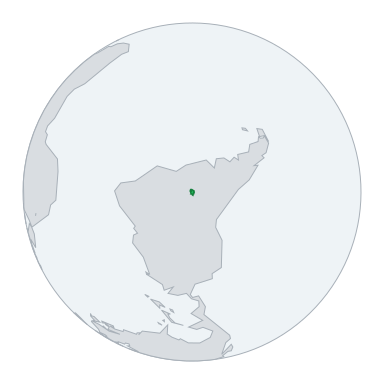 Concepción highlighted on a globe, orthographic projection, rotated 217°
{"feature_id": "PRY-603", "entity_name": "Concepción", "entity_type": "Department", "adm_level": 1, "iso_a3": "PRY", "parent_name": "Paraguay", "parent_adm1": "", "projection": "orthographic", "projection_center": [-57.042, -22.793], "detail": "fine", "context": "on_globe", "style": "filled", "palette": "green", "viewbox_px": 384, "rotation_deg": 217, "n_neighbors": 0, "source": "natural_earth", "source_scale": "10m", "svg_char_len": 5073}
<svg xmlns="http://www.w3.org/2000/svg" viewBox="0 0 384 384"><g transform="rotate(217 192 192)"><circle cx="192" cy="192" r="169" fill="#eef3f6" stroke="#a8b0b8"/><path d="M148.4,28.8L142.3,30.5L138.8,31.8L139.0,32.2L150.8,30.3L149.2,31.7L150.9,32.8L154.3,31.3L154.2,30.0L160.9,28.0L160.0,27.2L162.6,26.5L163.8,25.7L169.4,24.9L174.2,24.8L173.5,25.6L175.6,25.7L181.0,24.5L184.2,26.2L194.3,28.0L194.5,28.9L186.4,30.4L174.4,31.0L163.9,35.0L176.6,31.7L176.9,34.6L179.4,35.0L182.8,34.7L185.0,33.5L186.3,34.6L174.3,37.7L172.9,36.8L176.7,35.6L171.1,36.1L163.0,39.1L163.8,40.8L150.7,45.0L151.1,46.5L148.4,48.5L148.7,45.8L148.0,51.0L132.7,59.9L131.4,71.3L126.3,63.6L120.6,64.0L113.4,66.0L113.0,67.8L104.1,69.3L94.9,76.1L89.9,86.8L91.7,93.5L101.8,90.5L105.5,85.1L113.4,82.1L106.2,95.9L119.6,94.4L117.3,104.7L121.0,109.1L128.2,106.4L135.4,107.7L141.1,100.9L150.1,96.6L149.8,104.9L155.1,96.8L159.9,100.3L178.0,99.0L176.5,100.9L191.7,110.7L208.8,115.6L212.8,122.4L210.7,126.3L216.7,127.9L216.8,130.6L241.5,137.3L254.5,146.3L254.3,156.4L243.9,166.7L235.5,191.9L217.0,199.0L213.0,209.9L199.9,226.1L188.6,224.6L192.6,233.2L187.0,238.4L179.9,238.9L179.3,245.1L174.1,245.5L178.1,249.5L170.9,258.1L174.5,264.8L169.6,272.1L172.1,276.1L169.8,276.1L167.7,277.9L167.9,280.3L160.2,277.1L156.5,268.0L158.1,263.1L155.0,262.7L158.3,250.4L155.4,253.1L153.6,236.1L156.5,222.0L155.9,184.7L151.8,178.0L138.9,171.5L123.1,149.3L126.8,138.9L123.6,135.0L134.1,120.2L131.7,109.1L128.1,108.1L124.2,113.0L112.3,108.5L108.7,101.3L75.7,100.3L73.1,98.1L74.4,92.1L70.6,80.2L69.0,94.0L66.1,92.8L65.1,88.8L67.4,86.3L69.0,79.8L67.5,79.6L73.1,72.0L76.8,68.4L85.7,60.6L95.2,53.5L105.1,47.1L115.4,41.4L126.1,36.4L137.1,32.2L148.4,28.8ZM129.8,75.7L145.3,79.3L135.8,81.5L137.7,80.0L134.0,78.1L126.7,77.2L118.6,80.3L129.8,75.7ZM138.4,67.6L135.7,67.6L138.4,67.1L138.4,67.6ZM160.6,26.2L162.2,26.0L161.1,26.2L160.6,26.2ZM159.7,26.3L157.4,26.8L156.6,26.9L158.0,26.6L159.7,26.3ZM160.3,26.0L162.7,25.7L155.5,27.1L154.2,27.3L155.4,27.1L160.3,26.0ZM173.6,284.3L161.1,278.4L167.9,280.9L171.4,276.9L178.4,281.7L173.6,284.3ZM184.4,274.2L189.2,272.1L190.7,273.3L187.7,275.0L184.4,274.2ZM302.2,63.9L299.0,61.8L302.9,68.8L299.3,67.7L292.7,63.6L283.3,53.5L292.3,57.2L289.1,54.4L280.4,48.7L283.9,50.5L281.5,48.9L284.2,50.5L283.7,50.1L302.2,63.9ZM353.0,243.1L350.9,246.7L346.1,258.3L344.2,259.2L340.8,265.4L336.4,269.7L331.1,272.2L327.3,265.8L331.1,259.6L335.3,245.2L342.8,213.9L347.9,203.3L349.3,193.3L346.1,168.2L347.1,157.9L345.3,152.0L342.0,150.7L339.4,143.8L337.1,142.2L319.3,137.4L311.3,127.7L295.8,103.5L297.1,96.6L292.9,87.5L298.7,67.6L305.0,71.5L315.2,76.8L317.4,79.0L321.6,84.5L333.1,99.1L339.6,109.8L345.3,120.9L350.1,132.5L354.1,144.4L357.2,156.5L359.4,168.8L360.6,181.3L361.0,193.8L360.4,206.3L358.8,218.7L356.4,231.0L353.0,243.1ZM302.6,78.8L303.9,81.2L302.6,78.8ZM178.6,98.8L180.7,100.4L177.8,100.5L178.6,98.8ZM134.1,84.8L137.5,84.4L139.2,85.3L136.5,86.1L134.1,84.8ZM164.0,81.4L168.1,81.8L163.7,82.7L164.0,81.4ZM147.8,79.8L160.7,81.5L152.1,84.5L144.0,83.7L149.8,82.3L147.8,79.8ZM136.0,71.8L138.1,71.9L137.2,73.3L136.0,71.8ZM140.4,67.3L139.6,67.5L138.7,66.7L140.4,67.3ZM177.6,34.4L178.6,34.2L181.9,34.2L180.1,34.8L177.6,34.4ZM198.4,32.0L200.0,33.9L197.6,32.7L195.3,33.6L187.3,32.6L194.1,29.3L192.5,30.8L198.4,32.0ZM178.5,31.0L182.8,31.6L177.8,31.1L178.5,31.0ZM265.4,39.9L268.6,41.4L270.8,42.7L268.5,42.0L265.3,40.0L265.4,39.9ZM282.0,49.0L276.4,46.2L276.8,46.0L273.7,44.3L272.5,43.4L270.6,42.5L282.0,49.0ZM185.6,23.2L186.4,23.1L183.4,23.4L179.1,23.5L182.0,23.7L176.8,24.0L179.4,24.1L169.9,24.5L165.4,25.2L171.6,24.3L173.0,24.1L185.6,23.2ZM214.1,24.5L212.8,24.3L211.1,24.5L211.9,25.3L204.6,24.4L199.1,23.5L195.5,23.1L214.1,24.5ZM320.0,81.8L316.6,77.9L317.7,79.1L320.0,81.8ZM307.8,69.2L308.3,69.5L312.3,73.5L311.2,72.5L307.8,69.2ZM305.2,66.6L308.1,69.3L305.9,67.2L305.2,66.6ZM342.2,269.4L342.3,269.2L343.5,266.9L342.2,269.4Z" fill="#d9dde1" stroke="#a8b0b8" stroke-width="1"/><path d="M189.5,189.9L189.5,190.0L189.8,190.0L190.0,190.0L190.3,190.0L190.5,190.2L190.8,190.2L191.0,190.2L191.1,190.3L191.4,190.3L191.5,190.2L191.5,190.3L191.8,190.3L192.0,190.3L192.3,190.4L192.4,190.5L192.5,190.5L193.1,190.7L193.3,190.7L193.2,190.7L193.2,190.8L193.0,191.0L192.9,191.0L192.9,191.3L192.9,191.5L192.9,191.8L193.0,191.8L193.0,192.0L192.9,192.2L192.9,192.3L193.0,192.3L193.1,192.2L193.2,192.3L193.3,192.3L193.4,192.2L193.5,192.1L193.7,191.9L193.8,191.9L194.0,191.7L194.1,191.8L194.5,192.8L194.5,193.0L194.4,193.0L194.3,193.3L194.2,193.3L194.1,193.5L193.9,193.7L193.8,193.8L193.7,193.8L193.4,193.9L193.2,193.9L192.9,193.9L192.7,193.9L192.4,193.9L192.2,193.9L192.0,194.0L191.9,194.0L191.7,194.0L191.4,194.1L191.2,194.1L190.9,194.0L190.9,193.9L190.8,193.7L190.7,193.6L190.8,193.6L190.8,193.4L190.7,193.4L190.6,193.2L190.4,193.1L190.4,192.9L190.2,192.9L190.0,192.7L189.9,192.4L190.0,192.3L190.0,192.2L189.9,192.2L189.7,191.9L189.6,191.7L189.8,191.6L190.0,191.6L189.9,191.4L189.8,191.0L189.8,190.9L189.7,190.6L189.5,190.4L189.4,190.3L189.5,190.1L189.4,189.9L189.5,189.9L189.5,189.9Z" fill="#22c55e" stroke="#15803d" stroke-width="1.5"/></g></svg>